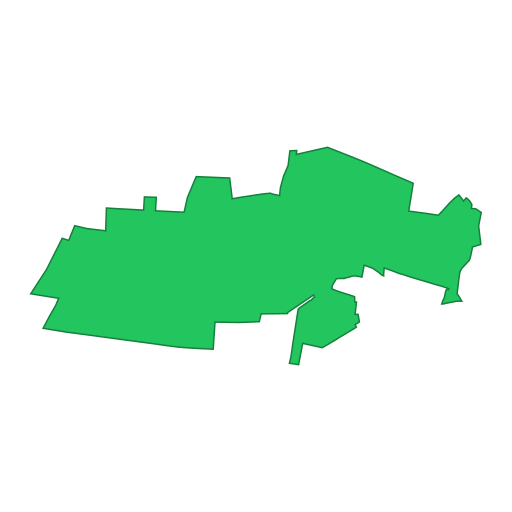 outline of Tetiz, Yucatán, Mexico
{"feature_id": "50627088B31181916661146", "entity_name": "Tetiz", "entity_type": "district", "adm_level": 2, "iso_a3": "MEX", "parent_name": "Mexico", "parent_adm1": "Yucatán", "projection": "natural_earth1", "projection_center": [-89.981, 20.956], "detail": "fine", "context": "isolated", "style": "filled", "palette": "green", "viewbox_px": 512, "rotation_deg": 0, "n_neighbors": 0, "source": "geoboundaries", "source_scale": "gbopen_adm2", "svg_char_len": 3168}
<svg xmlns="http://www.w3.org/2000/svg" viewBox="0 0 512 512"><path d="M459.6,273.5L459.6,273.3L460.3,271.2L461.4,268.9L461.7,268.5L465.6,264.3L469.3,260.3L470.3,257.7L471.0,254.4L471.9,250.3L472.4,247.0L480.8,244.4L480.8,244.1L480.5,241.2L480.1,238.0L479.7,234.8L479.3,231.6L479.0,228.8L478.6,225.8L478.7,225.7L479.3,222.3L480.0,219.0L480.7,215.4L481.2,212.9L481.3,212.5L475.8,208.8L475.6,208.7L471.4,208.6L471.9,204.6L470.1,201.6L469.3,200.5L469.2,200.5L468.4,199.7L467.6,198.9L466.2,197.9L466.1,198.1L463.5,201.0L462.3,199.3L461.4,198.1L460.8,197.3L460.6,197.1L460.0,196.3L459.5,195.6L458.9,194.9L454.4,198.3L449.2,203.4L441.3,212.3L441.2,212.2L438.3,215.3L438.2,215.2L430.9,214.1L427.4,213.6L424.9,213.2L423.8,213.1L420.4,212.6L416.9,212.2L413.6,211.7L410.3,211.3L408.7,211.1L412.0,191.0L412.0,190.8L413.2,183.3L410.5,182.1L392.4,174.3L391.1,173.7L387.9,172.3L383.4,170.3L383.0,170.1L378.8,168.3L366.9,163.1L353.1,157.4L327.5,147.3L316.9,149.7L300.3,153.5L296.3,154.4L296.7,150.5L289.9,150.8L288.1,165.4L284.4,174.2L283.8,175.2L280.5,187.3L280.0,191.5L279.6,195.6L272.8,194.1L270.3,193.2L262.2,194.0L237.3,197.8L236.3,198.1L232.2,198.7L230.1,181.4L229.7,178.0L196.2,176.6L188.6,194.6L187.4,197.5L184.1,212.2L155.5,210.8L156.3,197.3L144.4,196.9L143.6,210.1L116.0,208.6L106.4,208.0L105.7,230.8L86.6,228.5L74.7,225.7L68.7,240.4L62.2,238.3L46.5,269.5L30.7,293.8L58.7,298.3L55.6,305.6L50.0,315.2L43.1,328.3L66.3,332.1L85.5,334.6L110.6,338.0L111.4,338.1L123.9,339.8L155.4,344.0L168.0,345.8L168.7,345.8L169.6,346.0L178.2,347.1L189.9,348.0L198.5,348.5L205.5,348.8L213.2,349.2L215.0,322.1L238.9,322.5L259.3,321.7L261.1,313.9L287.5,313.6L287.7,312.5L313.6,295.0L314.5,297.0L312.3,298.8L311.2,300.3L309.9,300.6L299.1,308.2L298.9,309.0L298.2,309.1L297.7,312.1L292.6,345.0L292.0,349.7L290.8,357.6L290.6,358.2L289.4,363.3L291.2,363.6L293.2,363.8L293.3,363.8L298.6,364.7L299.3,361.1L302.7,343.4L322.3,347.7L323.8,346.8L326.1,345.5L336.9,339.1L337.3,338.7L339.7,337.2L344.7,334.3L345.4,333.9L347.2,332.7L349.5,331.4L356.4,327.2L355.1,324.6L357.8,323.0L359.4,322.0L359.1,320.1L358.1,314.4L355.1,314.3L356.5,302.1L354.8,302.0L354.6,296.7L351.5,295.6L348.5,294.6L346.1,293.9L339.8,291.9L336.8,290.8L335.4,290.3L331.9,288.8L332.4,285.4L336.4,278.7L339.6,278.5L343.2,278.5L344.4,278.5L345.7,277.9L347.9,277.5L352.3,276.1L353.7,276.0L355.3,276.0L356.3,276.1L358.4,276.4L359.4,276.5L359.7,276.6L360.6,276.8L361.9,277.1L362.3,275.2L364.1,265.3L364.2,265.2L373.1,268.4L373.7,268.9L374.7,269.7L375.9,270.5L376.6,270.9L379.1,272.7L379.7,273.3L379.9,273.5L380.5,274.0L381.1,274.5L381.4,274.8L381.8,275.0L382.2,275.3L382.7,275.5L383.1,275.7L383.7,275.9L383.6,274.6L384.2,268.0L394.1,271.5L398.3,273.2L399.8,273.7L402.9,274.5L409.8,276.8L413.4,277.9L419.3,279.7L422.1,280.5L423.5,280.9L426.1,281.7L427.3,282.1L429.2,282.6L431.1,283.2L437.9,285.2L441.3,286.1L443.9,287.0L448.8,288.6L448.7,289.5L446.4,289.6L445.5,291.8L445.4,292.4L445.1,294.2L444.8,295.3L444.2,297.9L443.9,298.6L443.1,300.0L441.7,304.0L444.0,303.9L444.6,303.6L446.5,303.2L453.4,301.9L456.8,301.2L461.8,301.2L459.6,297.5L457.1,293.6L458.1,285.4L459.1,277.0L459.6,273.5Z" fill="#22c55e" stroke="#15803d" stroke-width="1.5"/></svg>